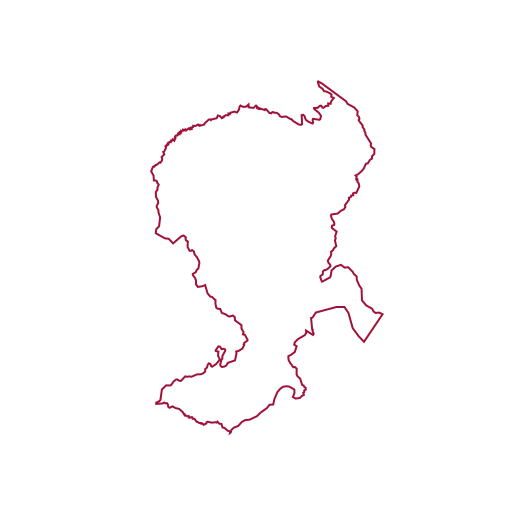 Asante Akim North, Ashanti, Ghana, rotated 306°
{"feature_id": "2480657B62831767110058", "entity_name": "Asante Akim North", "entity_type": "district", "adm_level": 2, "iso_a3": "GHA", "parent_name": "Ghana", "parent_adm1": "Ashanti", "projection": "orthographic", "projection_center": [-0.952, 6.841], "detail": "fine", "context": "isolated", "style": "outline", "palette": "rose", "viewbox_px": 512, "rotation_deg": 306, "n_neighbors": 0, "source": "geoboundaries", "source_scale": "gbopen_adm2", "svg_char_len": 6104}
<svg xmlns="http://www.w3.org/2000/svg" viewBox="0 0 512 512"><g transform="rotate(306 256 256)"><path d="M283.3,392.6L282.6,388.9L280.1,386.0L280.3,383.5L281.6,381.1L280.8,374.2L282.4,367.8L291.6,360.6L292.8,356.9L296.0,351.5L298.7,349.4L298.9,346.0L300.0,343.6L301.1,337.2L298.7,334.5L298.8,329.9L294.4,326.8L288.8,325.6L283.4,328.3L282.1,328.4L275.1,325.1L274.0,324.3L276.7,320.3L277.6,319.9L280.3,320.8L283.0,319.2L285.0,319.7L285.5,320.6L287.6,321.5L291.4,322.3L292.5,321.2L293.1,318.6L294.5,316.8L299.7,316.5L302.1,315.6L303.5,314.2L305.7,314.9L307.8,314.5L311.1,315.2L315.1,310.6L317.0,310.2L318.5,308.4L323.1,306.9L323.3,300.8L325.3,299.7L327.0,301.0L328.0,300.6L329.5,298.8L330.7,295.4L332.8,292.8L333.9,292.6L338.3,297.1L342.2,298.0L345.7,299.7L348.4,299.4L349.3,298.1L356.3,298.2L357.7,296.9L359.3,298.0L360.9,297.5L362.3,299.0L363.7,297.7L365.4,298.8L365.8,300.0L366.5,300.0L373.0,298.7L375.3,296.2L375.6,294.4L377.0,293.6L376.7,292.8L377.7,292.5L377.3,291.8L379.3,290.8L379.7,289.2L382.0,290.5L386.9,291.6L390.0,291.8L395.2,290.7L396.7,292.0L400.7,291.7L403.2,292.6L404.8,291.2L408.1,291.7L412.2,288.9L411.9,285.3L413.0,283.7L414.7,282.9L418.5,273.3L420.3,271.7L420.8,270.1L422.0,269.4L422.9,266.5L424.2,265.7L426.0,259.5L426.6,259.0L427.8,259.1L429.1,257.3L429.4,255.2L432.8,253.2L433.9,248.1L432.9,240.6L434.1,237.8L434.3,207.8L433.8,203.7L433.0,203.8L430.3,207.6L430.4,211.5L429.3,214.0L430.5,216.6L431.1,220.4L431.1,222.1L429.0,223.3L429.6,226.1L425.4,225.9L423.0,226.9L421.9,224.7L420.0,226.2L418.4,224.3L415.4,223.4L415.1,222.5L415.9,220.5L415.3,219.5L412.0,218.7L409.8,216.0L409.1,216.8L408.9,222.2L407.7,226.1L404.4,227.6L403.5,227.3L400.5,221.5L399.3,221.9L397.5,223.8L396.4,223.9L395.4,219.4L395.5,216.2L397.8,212.8L397.9,210.9L396.8,210.1L389.8,215.8L388.8,215.5L387.5,213.4L387.0,206.5L387.6,204.4L387.0,203.4L386.6,198.4L383.5,194.9L383.2,192.9L384.0,191.7L384.1,188.7L382.6,186.5L382.5,185.1L381.3,184.4L380.5,184.6L379.6,182.8L380.7,178.1L380.3,177.1L379.2,177.4L377.5,171.5L376.9,172.3L376.4,171.4L377.1,171.0L377.2,169.9L376.6,169.6L377.6,168.9L377.7,167.6L374.3,166.9L372.0,162.7L374.2,160.9L371.1,160.3L369.1,158.0L368.6,155.0L367.3,154.9L364.3,156.2L360.9,156.3L360.1,153.7L357.0,151.2L356.2,151.4L355.3,150.2L354.9,151.0L354.3,150.4L353.6,150.9L351.9,148.6L349.7,147.8L349.7,148.3L349.0,148.2L347.4,147.3L348.0,144.7L347.3,142.6L344.3,143.2L340.1,139.6L339.4,139.6L339.6,138.6L338.5,137.6L333.1,136.5L332.0,136.9L328.6,134.2L328.9,133.6L328.0,133.4L328.3,131.8L325.7,130.7L324.5,128.6L323.3,129.3L322.1,128.3L321.0,129.4L319.7,128.3L320.3,127.5L319.6,127.4L319.8,126.6L317.3,125.9L317.1,124.6L316.1,125.2L315.4,122.8L314.7,123.4L314.3,122.7L312.7,122.7L312.8,122.0L312.1,122.4L311.7,121.7L311.1,122.6L310.8,121.9L310.0,122.4L309.9,121.8L309.1,122.0L309.4,121.0L307.0,121.4L306.4,120.4L305.1,120.2L304.3,121.5L303.4,121.0L303.1,121.7L301.2,122.2L301.3,120.0L300.0,120.3L299.5,119.4L298.0,120.1L297.7,119.1L296.8,118.8L294.5,119.6L294.1,119.4L294.7,118.5L292.5,118.8L292.4,118.3L291.5,118.2L290.4,119.7L286.5,120.3L285.6,119.8L284.4,122.0L280.5,121.5L279.6,123.0L277.9,123.8L275.3,123.8L275.1,123.0L271.2,122.0L270.5,121.2L268.7,121.3L268.7,120.7L267.5,120.2L262.9,121.4L260.8,125.9L257.1,129.0L258.2,130.7L258.2,132.0L257.2,133.0L256.5,135.4L253.3,136.1L251.8,137.4L249.0,137.3L247.7,138.2L245.1,140.3L243.1,144.3L241.3,145.8L237.9,146.3L237.1,147.1L235.7,150.1L234.0,151.4L230.8,155.8L223.1,160.1L218.9,159.6L215.5,161.5L216.8,172.1L218.6,175.2L217.5,181.5L228.1,184.0L230.0,185.4L229.9,188.2L228.4,188.9L227.5,190.2L227.7,192.3L223.2,195.2L221.2,199.2L222.0,200.4L223.2,200.8L223.2,202.9L221.1,205.6L220.3,209.0L218.3,213.0L216.9,214.4L212.0,216.7L209.9,216.2L207.6,216.8L204.3,215.4L203.4,216.2L202.4,219.7L200.7,222.1L197.8,224.1L196.8,227.1L200.0,230.4L202.6,231.9L197.3,238.8L196.3,242.7L197.0,244.7L196.5,249.2L193.7,251.1L190.8,254.3L190.8,255.9L192.1,258.2L189.9,261.8L191.0,265.9L190.9,268.9L191.9,270.6L194.3,272.3L194.0,274.9L191.6,276.8L191.5,284.8L188.8,286.9L187.0,290.8L184.9,291.5L185.7,293.3L183.3,298.4L182.6,298.8L178.8,297.6L177.3,298.0L177.1,298.8L173.1,299.4L169.0,297.7L167.1,296.1L165.5,297.6L159.2,300.4L153.0,296.0L149.8,296.3L148.1,295.5L146.3,293.8L146.1,292.7L146.9,291.0L151.8,289.0L153.2,289.1L155.3,287.6L161.3,286.8L162.3,285.9L161.8,284.2L160.4,282.9L161.5,280.1L160.8,278.7L155.9,278.8L155.5,279.4L156.6,281.8L153.1,283.8L151.2,287.2L149.7,287.6L144.9,287.2L140.6,285.5L140.5,284.5L141.8,282.6L141.5,281.0L139.9,280.8L136.9,281.9L134.6,281.4L132.6,282.8L129.7,282.1L127.7,280.7L125.5,277.8L120.4,274.8L119.3,272.7L117.7,271.2L117.1,269.5L110.9,268.7L110.1,267.7L109.8,264.7L109.1,264.0L106.2,263.1L101.8,263.2L100.8,262.7L98.6,259.4L92.7,258.3L83.4,263.3L81.8,263.1L78.7,261.5L77.7,262.2L81.9,267.2L83.5,267.9L83.6,269.6L84.6,270.3L84.2,271.8L82.4,273.6L82.4,275.3L85.4,277.0L85.6,280.1L87.1,283.7L86.7,288.3L85.6,290.8L86.1,291.1L85.1,292.4L85.9,293.4L86.0,295.1L87.0,295.6L85.9,297.2L87.6,298.3L88.1,299.3L87.0,300.4L88.1,301.9L87.0,305.4L87.5,306.0L87.4,307.9L88.8,310.1L88.2,310.3L89.1,312.3L88.7,312.9L91.4,314.3L92.4,313.7L93.4,314.2L95.3,318.4L97.6,320.8L98.0,322.0L99.4,322.2L98.7,324.8L99.8,326.7L97.6,329.8L98.4,331.5L98.0,335.7L98.9,338.4L97.5,339.0L98.4,339.3L100.7,338.4L102.2,338.6L104.2,339.0L108.0,341.5L113.5,342.1L117.0,343.8L119.8,347.0L127.1,351.0L131.8,351.7L139.3,354.2L143.6,354.4L146.0,357.2L151.1,355.0L158.4,353.3L163.1,353.7L166.0,354.7L168.5,357.1L169.9,359.8L170.5,365.5L167.7,367.7L163.6,368.7L163.9,371.8L166.9,374.9L169.9,375.4L171.7,376.4L173.2,374.6L174.4,375.0L175.7,374.0L177.2,374.8L178.6,373.5L178.5,371.8L179.2,370.7L178.8,369.2L182.7,363.9L183.1,360.4L184.1,358.4L188.8,355.1L189.0,352.5L187.9,351.6L189.4,347.1L190.8,343.8L193.5,341.3L194.2,341.1L196.4,342.4L201.2,343.8L206.9,341.9L206.7,339.0L209.0,338.1L213.4,338.8L220.5,341.9L223.2,341.9L225.1,340.3L225.6,348.5L227.0,348.4L228.5,345.8L229.7,345.3L229.7,344.5L238.2,337.0L239.5,337.9L245.4,337.6L262.1,351.1L266.7,357.5L264.3,364.3L254.5,376.6L251.4,386.4L250.1,393.8L283.3,392.6Z" fill="none" stroke="#9f1239" stroke-width="2"/></g></svg>